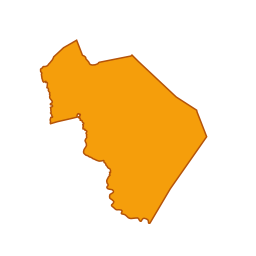 the district of Sonaguera, Colón, Honduras, rotated 76°
{"feature_id": "27666195B31402086681403", "entity_name": "Sonaguera", "entity_type": "district", "adm_level": 2, "iso_a3": "HND", "parent_name": "Honduras", "parent_adm1": "Colón", "projection": "natural_earth1", "projection_center": [-86.252, 15.631], "detail": "fine", "context": "isolated", "style": "filled", "palette": "amber", "viewbox_px": 256, "rotation_deg": 76, "n_neighbors": 0, "source": "geoboundaries", "source_scale": "gbopen_adm2", "svg_char_len": 5718}
<svg xmlns="http://www.w3.org/2000/svg" viewBox="0 0 256 256"><g transform="rotate(76 128 128)"><path d="M34.5,171.1L41.0,182.9L42.2,183.7L42.7,184.1L43.1,184.6L43.8,185.1L44.0,185.5L44.4,186.0L44.7,186.5L45.5,187.5L45.8,188.0L46.1,188.3L46.7,189.4L47.5,190.3L47.8,190.7L48.0,191.1L48.2,191.8L48.3,192.4L48.3,192.9L48.3,193.4L48.0,194.9L47.9,195.2L48.0,195.4L48.1,195.7L48.2,195.9L48.5,196.2L48.9,196.5L49.1,196.8L49.2,197.5L49.4,198.0L49.6,198.3L49.8,198.6L51.4,199.0L52.2,199.1L52.3,199.1L53.1,198.5L53.5,198.4L53.8,198.4L54.2,198.5L54.8,199.0L55.2,199.1L56.1,199.1L56.4,199.2L56.6,199.3L57.5,199.2L58.2,199.4L58.8,199.5L60.6,199.3L60.9,199.3L61.2,199.4L61.4,199.4L61.7,199.4L61.9,199.2L62.5,199.1L63.1,198.7L63.1,198.4L63.0,198.0L62.9,197.5L62.8,196.7L62.9,196.4L63.1,196.4L63.2,196.5L63.3,196.7L63.6,196.8L63.8,196.7L64.0,196.7L64.1,196.4L64.2,195.8L64.3,195.5L64.5,195.4L65.1,195.3L66.2,195.7L68.4,196.5L69.1,196.9L69.3,196.9L69.6,196.4L69.9,196.1L70.2,195.9L70.5,195.8L71.3,195.8L72.1,196.2L72.5,196.2L73.3,196.0L74.5,195.5L74.8,195.4L75.0,195.4L75.3,195.5L75.7,195.8L76.0,195.9L76.2,196.0L77.0,195.8L77.3,195.8L77.6,195.9L78.5,196.4L79.4,196.6L79.7,196.6L80.4,196.5L82.4,195.6L82.7,195.5L83.5,195.2L84.3,195.1L84.5,195.2L84.7,195.3L85.2,195.8L85.4,196.2L85.5,196.7L85.7,197.2L85.9,197.5L86.1,197.6L86.4,197.6L86.7,197.5L87.0,196.7L87.2,196.3L87.9,196.0L88.2,195.9L88.5,195.9L88.8,196.1L89.0,196.4L89.0,196.7L89.1,197.3L89.2,198.1L89.3,198.3L89.5,198.3L90.4,198.2L90.6,198.3L91.2,198.3L91.8,198.5L92.1,198.6L93.2,198.7L93.8,198.7L94.0,198.8L94.5,199.1L94.7,199.5L95.1,199.4L95.6,199.1L96.4,198.9L98.3,198.8L98.8,198.5L99.2,198.7L99.3,198.9L99.3,199.3L99.0,200.1L99.2,200.4L101.3,201.6L101.8,201.6L102.7,201.6L103.0,201.6L103.8,201.9L104.3,202.2L104.8,202.2L105.1,202.1L104.8,195.0L105.1,179.6L105.1,174.6L104.1,174.6L103.7,174.5L102.6,173.8L102.2,173.3L102.1,173.0L102.1,172.8L102.1,172.6L102.3,172.4L102.5,172.1L103.0,172.0L103.1,171.9L103.1,171.6L102.9,171.4L103.0,171.2L103.4,171.0L103.8,171.1L104.3,171.6L104.9,172.0L105.1,172.2L105.1,172.4L105.1,172.9L105.2,173.3L105.4,173.6L105.6,173.6L105.8,173.5L105.8,173.2L105.9,172.9L106.0,172.9L106.4,173.0L106.5,173.0L106.6,172.9L106.6,172.4L106.8,172.2L107.0,172.1L107.4,172.2L107.8,172.2L108.7,172.5L108.9,172.5L109.0,172.4L109.1,171.9L109.3,171.4L109.4,171.2L109.5,171.1L109.8,170.9L110.1,170.8L110.4,170.9L110.7,170.9L110.9,170.9L112.0,170.3L112.3,170.2L112.5,169.9L112.9,169.9L113.2,170.0L113.6,170.8L113.7,171.0L113.9,171.0L114.1,171.1L114.7,170.8L115.1,171.0L115.4,170.9L115.9,171.1L115.9,171.3L116.0,171.4L116.9,171.7L117.3,171.7L117.7,171.9L118.0,171.9L118.2,171.6L118.2,171.2L118.3,171.0L119.0,170.1L119.3,170.1L119.3,170.3L119.7,170.3L119.9,170.1L120.2,169.4L120.5,169.1L120.7,168.9L121.1,168.8L121.6,168.8L121.8,168.9L122.6,169.8L122.8,170.0L123.6,169.9L124.3,169.6L125.0,170.0L125.7,170.1L126.4,170.3L126.9,170.3L127.3,170.4L127.9,171.0L128.3,171.5L128.6,171.9L129.1,172.2L129.3,172.3L129.6,172.6L129.9,172.7L130.8,172.7L133.3,172.2L133.9,172.4L134.6,172.5L134.9,172.5L135.3,172.8L136.4,173.8L137.5,175.1L138.5,176.0L140.3,176.9L141.0,177.0L141.5,177.0L142.1,176.8L142.8,176.4L143.2,176.1L143.9,175.6L144.2,175.4L145.2,173.7L146.2,172.9L146.6,172.5L146.8,172.3L147.1,171.6L147.5,171.1L148.2,170.3L148.9,169.8L149.3,169.4L150.6,167.6L151.0,167.2L151.8,166.2L152.6,164.9L153.0,164.3L153.2,163.8L153.5,162.0L153.6,159.7L153.8,159.4L154.1,159.4L155.6,159.5L155.8,159.4L156.4,158.7L157.1,158.4L157.7,158.3L158.3,158.4L158.7,158.3L160.4,157.4L161.2,157.3L161.9,156.9L162.3,156.6L162.9,155.8L163.1,155.6L163.9,155.3L164.9,155.2L165.2,155.3L165.5,155.3L166.2,155.7L166.6,155.6L166.8,155.7L166.8,155.9L166.8,156.1L166.6,156.4L166.6,156.6L167.5,156.5L167.9,156.7L168.3,156.7L168.7,157.2L168.8,157.3L169.1,157.2L169.4,157.0L169.6,157.0L169.9,157.7L170.4,158.2L170.6,158.6L170.8,158.8L171.3,159.3L171.8,159.6L172.7,160.5L173.5,161.1L173.9,161.3L174.3,161.5L176.1,161.6L176.4,161.6L177.3,161.2L177.7,161.1L178.1,161.0L178.6,161.1L178.9,161.2L179.1,161.4L179.2,161.5L179.5,162.1L180.0,162.6L180.4,162.8L180.8,162.9L181.1,162.8L182.0,162.3L182.5,161.6L182.9,160.9L183.2,160.2L183.5,159.5L184.1,158.2L184.4,158.0L185.3,157.5L185.7,157.4L186.2,157.5L186.5,157.6L186.8,157.8L187.0,158.2L187.3,158.8L187.5,159.5L187.8,160.5L188.0,161.2L188.2,161.5L188.6,161.9L189.8,162.4L190.2,162.5L190.7,162.6L191.5,162.6L191.9,162.5L193.0,161.6L193.3,161.2L194.6,160.3L195.4,159.8L195.9,159.6L196.2,159.7L196.6,159.9L197.0,160.2L197.4,160.6L197.9,161.2L198.5,162.4L199.1,162.7L199.3,162.7L199.5,162.7L200.1,162.4L201.7,161.2L203.4,160.1L204.0,159.6L204.3,159.3L204.5,159.0L204.9,157.8L205.1,156.5L205.8,154.9L206.0,154.5L206.2,154.2L206.5,154.1L206.8,154.0L207.1,153.9L207.3,154.0L207.9,154.2L209.0,155.1L209.3,155.1L209.6,155.0L209.8,154.8L210.0,154.5L210.6,153.2L210.9,152.7L211.4,152.0L211.8,151.6L212.6,151.0L215.1,149.4L215.6,148.8L215.9,148.4L216.2,147.9L216.4,147.4L216.6,146.9L217.2,142.5L217.4,141.6L217.5,140.9L217.6,140.5L218.0,140.1L218.5,139.7L220.5,139.2L220.9,139.0L221.3,138.7L221.5,138.4L221.6,138.0L221.5,137.6L221.0,137.2L220.0,136.1L219.7,135.6L219.5,135.1L219.5,134.6L219.5,134.3L219.6,134.0L220.6,132.2L221.9,131.0L222.4,130.8L223.1,130.8L223.5,130.8L224.8,131.0L225.1,131.0L225.3,130.9L225.5,130.7L225.6,130.2L225.6,129.7L197.2,101.7L155.5,53.8L155.4,53.8L129.4,57.1L127.3,57.1L109.6,73.7L66.2,101.7L58.2,106.5L58.3,106.9L58.6,107.2L58.8,107.7L58.9,108.2L58.8,109.1L57.3,139.9L57.5,140.7L57.9,141.1L58.2,141.5L58.4,142.1L58.7,144.5L58.6,145.4L58.2,147.6L57.6,148.7L57.1,149.4L56.4,149.7L55.7,149.9L54.4,150.2L50.7,152.1L50.1,152.1L49.4,152.0L48.8,152.2L47.4,153.3L46.4,154.6L30.4,156.6L34.5,171.1Z" fill="#f59e0b" stroke="#b45309" stroke-width="1.5"/></g></svg>